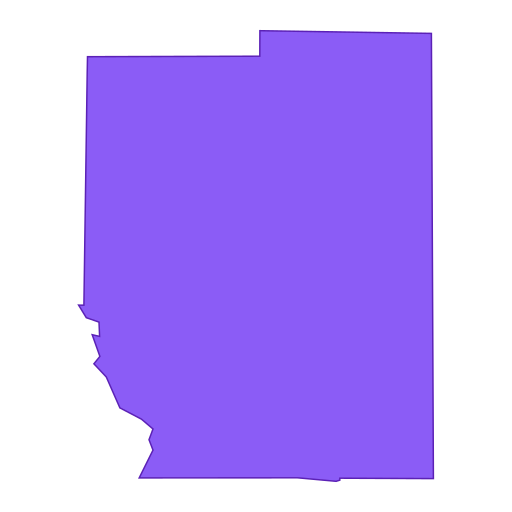 outline of Kaufman, Texas, United States of America
{"feature_id": "52423323B57409714288179", "entity_name": "Kaufman", "entity_type": "district", "adm_level": 2, "iso_a3": "USA", "parent_name": "United States of America", "parent_adm1": "Texas", "projection": "orthographic", "projection_center": [-96.401, 32.598], "detail": "fine", "context": "isolated", "style": "filled", "palette": "violet", "viewbox_px": 512, "rotation_deg": 0, "n_neighbors": 0, "source": "geoboundaries", "source_scale": "gbopen_adm2", "svg_char_len": 427}
<svg xmlns="http://www.w3.org/2000/svg" viewBox="0 0 512 512"><path d="M87.5,56.7L87.2,73.0L83.9,305.2L78.6,305.1L86.3,317.7L99.0,322.1L99.6,336.4L92.2,334.7L99.9,356.4L93.9,363.8L106.3,377.0L119.9,407.9L141.5,419.2L153.0,429.0L149.0,439.7L153.0,450.1L139.2,477.9L297.5,477.8L336.1,481.3L339.8,480.2L339.8,478.2L433.4,478.6L431.4,33.4L259.9,30.7L259.8,56.2L87.5,56.7Z" fill="#8b5cf6" stroke="#5b21b6" stroke-width="1.5"/></svg>